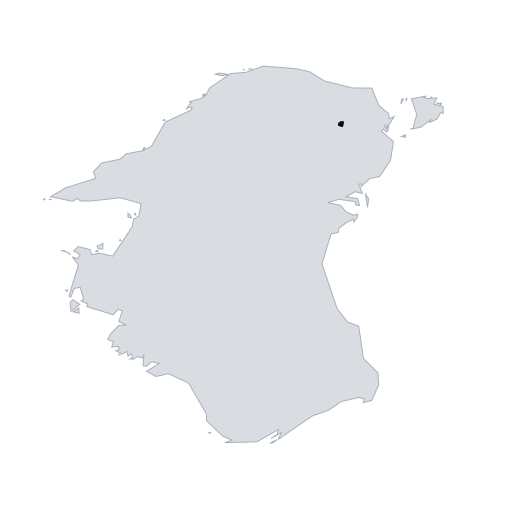 location of Leeton, New South Wales, Australia, rotated 263°
{"feature_id": "25037944B57687505469181", "entity_name": "Leeton", "entity_type": "district", "adm_level": 2, "iso_a3": "AUS", "parent_name": "Australia", "parent_adm1": "New South Wales", "projection": "equal_earth", "projection_center": [146.159, -34.53], "detail": "fine", "context": "in_parent", "style": "filled", "palette": "ink", "viewbox_px": 512, "rotation_deg": 263, "n_neighbors": 0, "source": "geoboundaries", "source_scale": "gbopen_adm2", "svg_char_len": 4589}
<svg xmlns="http://www.w3.org/2000/svg" viewBox="0 0 512 512"><g transform="rotate(263 256 256)"><path d="M346.9,75.5L352.6,106.4L359.4,104.9L367.2,114.1L368.6,132.8L373.2,139.3L374.3,156.6L377.6,165.6L400.0,182.2L408.7,209.3L411.2,210.7L411.7,205.9L416.5,210.8L417.3,208.4L419.2,222.0L422.0,226.1L428.3,230.3L440.2,253.1L439.5,268.3L443.6,286.4L436.7,319.8L432.2,331.8L421.3,345.4L411.1,371.9L408.5,391.5L390.5,396.2L381.6,404.6L376.0,405.3L377.6,410.1L368.9,403.1L370.2,401.5L369.6,399.8L368.0,399.7L365.1,402.7L363.0,400.9L366.5,398.0L364.5,395.8L352.8,406.4L334.4,401.1L319.8,388.3L319.0,378.2L312.1,368.9L314.9,369.3L314.8,366.5L305.1,369.3L307.8,362.4L303.8,352.4L300.6,363.8L293.5,364.9L294.5,361.1L297.9,361.1L302.1,345.4L300.4,333.5L296.0,346.0L288.9,350.7L284.4,358.2L285.3,361.9L282.4,361.4L277.6,357.3L280.5,357.2L278.1,349.9L273.3,341.5L269.5,340.5L268.6,333.1L240.2,320.5L193.8,330.1L179.5,338.7L173.8,349.4L141.3,350.1L125.1,362.8L113.0,362.0L98.6,353.4L97.4,344.6L100.8,346.1L103.1,340.8L101.2,322.9L94.1,309.3L90.3,292.1L71.3,255.8L77.7,259.8L73.1,248.6L76.3,255.2L81.0,257.2L71.5,234.2L74.5,202.3L76.2,209.8L80.8,201.5L98.5,186.8L105.2,187.6L138.2,173.5L149.9,154.6L148.6,142.1L154.9,133.2L161.1,147.0L163.8,139.4L159.9,133.9L160.9,130.5L172.0,132.8L168.5,131.4L170.6,125.9L168.4,121.1L174.4,120.5L172.1,116.8L177.0,116.3L175.1,111.1L179.2,105.2L179.7,108.7L183.1,108.3L183.2,101.6L188.2,104.0L191.2,98.6L196.6,102.3L204.0,111.6L203.0,119.0L207.6,111.9L217.8,116.6L219.8,112.6L215.1,107.0L226.5,81.7L228.8,83.3L232.8,77.0L234.2,79.7L246.4,77.7L246.0,71.6L237.7,67.1L239.0,65.5L268.7,78.6L277.2,73.9L275.2,78.8L278.8,81.6L283.2,75.6L287.1,80.7L282.6,92.0L277.5,93.0L277.9,101.1L273.3,113.8L300.3,136.8L307.6,139.1L309.9,144.6L322.0,148.4L330.3,128.5L330.7,99.3L332.0,88.3L335.0,85.7L332.6,80.7L339.9,59.4L346.9,75.5ZM363.2,427.3L376.9,432.8L393.1,429.4L394.0,444.6L393.0,441.8L391.3,445.0L390.9,454.9L385.1,450.9L381.5,459.9L374.6,459.2L375.9,456.7L369.9,452.4L367.4,444.7L370.1,446.1L363.7,435.4L363.2,427.3ZM223.8,65.7L232.3,65.7L235.0,68.9L229.5,75.2L223.8,65.7ZM290.8,372.6L304.7,372.1L298.9,374.7L290.8,372.6ZM285.1,99.4L287.0,105.7L281.6,104.7L282.4,100.2L285.1,99.4ZM439.5,250.5L439.2,243.6L441.4,237.8L442.1,242.0L439.5,250.5ZM389.4,418.3L393.9,419.6L394.0,421.7L389.4,418.3ZM223.0,67.6L226.1,73.8L220.7,73.4L223.0,67.6ZM358.2,419.2L355.6,418.7L356.9,415.0L358.2,419.2ZM314.1,134.2L311.5,136.1L309.0,137.1L310.2,133.6L314.1,134.2ZM71.2,254.2L68.8,250.9L68.4,247.8L68.7,247.6L71.2,254.2ZM393.0,423.8L394.8,425.2L391.4,424.1L393.0,423.8ZM420.9,222.9L422.9,222.9L422.8,226.0L420.9,222.9ZM375.0,156.3L377.3,158.2L376.8,159.3L375.0,156.3ZM385.0,456.3L385.2,458.7L383.5,457.9L385.0,456.3ZM442.3,270.9L442.4,274.6L442.2,274.6L442.3,270.9ZM245.4,65.4L244.0,63.7L244.9,62.8L245.4,65.4ZM285.0,65.7L282.9,68.9L285.3,63.4L285.0,65.7ZM442.7,266.4L441.7,267.6L442.4,266.3L442.7,266.4ZM288.8,123.3L287.7,123.9L288.3,122.4L288.8,123.3ZM280.9,99.2L279.5,99.6L280.3,97.6L280.9,99.2ZM86.6,187.0L86.3,189.5L85.7,189.3L86.6,187.0ZM337.4,57.9L337.3,60.1L336.8,58.5L337.4,57.9ZM368.0,400.6L368.4,401.8L367.9,401.5L368.0,400.6ZM282.4,69.8L279.7,72.0L282.5,69.2L282.4,69.8ZM175.2,108.0L174.2,109.5L174.8,107.8L175.2,108.0ZM386.0,454.5L385.1,455.0L385.6,454.1L386.0,454.5ZM312.9,141.6L311.4,141.5L312.2,140.3L312.9,141.6ZM169.9,119.4L169.2,120.2L169.1,118.2L169.9,119.4ZM392.5,449.4L391.3,450.1L391.7,448.7L392.5,449.4ZM338.3,52.1L338.2,53.5L337.4,52.8L338.3,52.1ZM367.4,402.2L368.6,403.4L366.6,403.0L367.4,402.2ZM402.7,182.0L401.7,182.1L402.1,180.5L402.7,182.0ZM410.8,205.6L410.3,205.6L410.7,204.4L410.8,205.6ZM363.7,425.5L363.4,426.4L363.1,425.2L363.7,425.5Z" fill="#d9dde1" stroke="#a8b0b8" stroke-width="1"/><path d="M374.4,357.0L374.3,357.3L374.5,357.3L374.5,357.2L374.5,357.3L374.7,357.5L374.8,357.5L375.0,357.7L374.9,357.7L374.9,357.8L375.0,357.8L375.2,357.7L375.2,357.8L375.2,357.7L375.2,357.8L375.3,357.8L375.3,357.7L375.4,357.8L375.5,357.8L375.5,357.7L375.8,357.6L375.7,357.6L375.8,357.6L376.0,357.7L376.1,357.9L376.1,358.3L377.1,358.5L377.3,358.6L377.5,358.6L377.8,358.7L378.0,358.7L378.0,358.8L378.3,358.9L378.4,358.7L378.5,358.4L378.7,356.9L378.7,356.6L378.4,356.6L378.4,356.0L378.4,355.9L378.2,355.8L378.0,355.7L377.9,355.6L377.7,355.6L377.7,355.3L377.6,355.2L377.6,354.9L377.6,354.4L376.8,354.3L376.7,354.4L376.2,354.3L376.2,354.7L375.9,354.5L375.9,354.8L375.7,354.8L375.4,355.0L375.5,355.1L375.4,355.7L375.3,355.9L375.3,356.0L375.4,356.3L375.2,356.2L374.9,356.1L374.9,356.4L374.8,357.0L374.4,357.0L374.4,357.0Z" fill="#0f172a" stroke="#020617" stroke-width="1.5"/></g></svg>